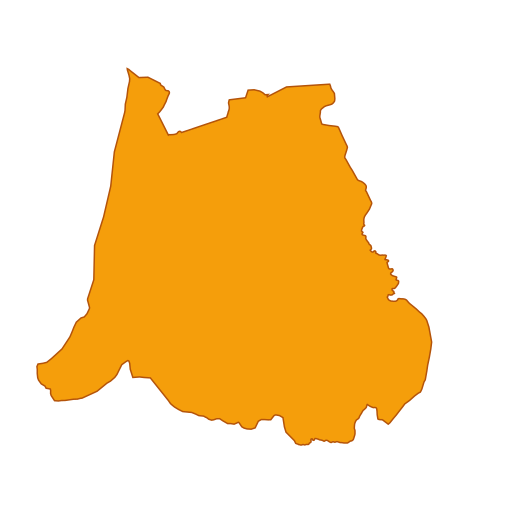 Home, Vientiane, Laos, rotated 102°
{"feature_id": "54806243B40513758321567", "entity_name": "Home", "entity_type": "district", "adm_level": 2, "iso_a3": "LAO", "parent_name": "Laos", "parent_adm1": "Vientiane", "projection": "albers", "projection_center": [103.339, 18.699], "detail": "fine", "context": "isolated", "style": "filled", "palette": "amber", "viewbox_px": 512, "rotation_deg": 102, "n_neighbors": 0, "source": "geoboundaries", "source_scale": "gbopen_adm2", "svg_char_len": 6112}
<svg xmlns="http://www.w3.org/2000/svg" viewBox="0 0 512 512"><g transform="rotate(102 256 256)"><path d="M72.6,219.6L84.3,261.3L97.9,278.0L96.6,278.6L95.6,277.9L96.4,280.6L95.0,283.1L93.9,286.5L93.8,292.4L95.4,298.2L103.4,299.1L108.8,314.6L109.2,314.7L112.0,314.7L114.5,313.6L115.6,313.2L116.9,312.9L118.1,312.8L119.6,312.9L120.8,313.1L122.3,313.1L123.9,313.3L126.4,313.5L150.7,354.5L149.9,355.7L149.9,356.7L150.5,357.6L151.9,358.5L152.4,358.6L152.9,359.0L153.3,359.7L153.8,360.6L154.4,362.1L155.2,365.1L155.5,366.6L155.9,366.9L137.4,381.7L135.0,380.2L132.6,379.0L129.5,377.6L127.6,377.2L123.6,376.1L121.6,375.9L117.8,375.3L115.4,374.7L114.4,374.6L113.3,375.1L112.7,376.0L112.8,378.4L112.6,379.0L111.7,379.9L109.9,381.3L108.8,384.1L108.3,385.0L107.1,385.5L103.6,398.9L105.8,407.6L100.8,417.8L100.0,419.1L99.5,420.9L100.7,420.5L105.6,417.8L108.8,416.4L111.7,416.0L118.6,416.1L127.7,415.3L134.6,415.4L140.6,414.4L143.0,414.3L183.6,416.2L217.9,412.6L249.5,413.2L279.3,416.1L312.9,409.7L332.9,411.8L334.2,411.6L341.0,408.1L342.2,408.0L347.6,409.3L351.3,411.3L353.0,414.3L358.1,418.0L363.5,419.3L367.8,420.0L373.5,421.1L374.9,421.6L387.2,426.4L398.7,434.6L403.5,438.5L405.2,442.0L407.0,446.8L409.7,447.3L412.3,446.4L416.5,445.5L420.5,444.2L422.6,442.9L425.7,439.5L427.1,435.4L429.0,433.8L428.9,431.3L428.9,429.5L430.3,428.9L433.3,428.3L435.1,427.3L439.4,423.0L438.9,419.2L437.8,416.2L437.0,412.8L434.0,404.6L433.1,400.9L431.7,398.1L431.2,396.6L421.3,383.3L411.4,375.4L408.6,372.3L404.1,368.9L400.8,367.4L395.6,366.1L390.2,364.7L386.4,361.3L384.9,359.6L385.2,358.5L387.3,357.2L393.0,355.4L400.4,351.2L398.5,344.7L398.1,340.3L397.2,334.0L415.7,311.5L418.2,308.9L418.9,307.6L419.1,307.3L420.6,304.4L422.2,299.9L423.4,295.3L422.4,286.4L423.2,281.9L424.0,278.8L423.5,273.9L424.2,271.7L424.2,271.0L425.5,268.2L425.8,265.3L425.0,263.3L423.4,260.7L422.7,257.7L424.2,253.9L425.8,248.9L425.2,246.0L425.0,242.4L423.3,240.0L422.3,238.7L422.7,237.8L426.0,234.4L426.8,232.0L427.0,228.8L426.4,224.7L424.3,221.1L417.2,219.4L414.9,216.9L414.2,213.5L413.7,209.9L413.1,207.5L408.4,205.2L407.8,204.5L407.3,203.6L407.2,199.8L408.5,196.0L417.2,192.7L422.1,190.0L428.6,180.1L431.0,178.2L431.2,177.1L431.3,175.8L431.6,175.1L431.5,174.1L431.6,173.2L431.5,172.5L431.1,171.6L430.6,170.9L430.6,170.4L430.7,169.3L430.5,168.7L429.8,167.5L429.6,166.2L429.4,165.6L428.8,165.1L428.0,164.9L427.7,164.7L427.3,164.0L426.9,163.7L426.5,163.6L426.0,163.6L424.0,164.1L423.6,164.0L423.3,163.5L423.3,163.1L423.3,162.8L423.7,162.5L424.2,162.2L424.3,161.8L424.3,161.2L424.2,161.0L423.6,160.7L422.3,160.4L422.1,159.3L422.2,157.7L422.3,156.5L422.6,155.8L422.5,154.3L422.5,153.0L423.0,151.1L422.9,150.6L421.7,149.3L421.6,148.7L421.6,147.8L422.5,145.5L422.8,144.3L422.8,143.7L421.7,142.2L421.6,141.7L421.8,140.8L421.7,140.0L420.8,138.5L420.7,137.5L421.0,135.0L420.9,134.3L420.7,133.2L420.6,130.9L419.9,127.7L419.3,127.0L417.4,125.2L417.0,124.1L416.5,123.5L415.9,123.0L415.0,122.6L410.9,122.2L409.4,122.2L407.0,122.7L405.9,123.0L404.2,124.0L402.4,124.3L399.9,124.6L398.5,124.5L397.0,124.2L395.5,123.7L394.1,122.3L393.2,121.7L390.7,121.2L387.5,120.0L386.6,119.8L384.7,119.1L384.0,118.5L382.2,117.2L381.2,116.7L380.6,116.6L378.7,116.5L378.1,116.3L379.3,113.1L379.8,110.8L379.9,109.6L379.5,108.4L379.4,107.3L379.7,106.7L380.3,106.2L382.5,105.4L386.2,104.4L390.0,102.9L390.3,102.5L390.3,101.7L390.3,100.6L389.9,98.6L390.1,97.9L393.0,91.7L391.2,90.3L386.2,87.8L382.3,85.7L378.7,84.0L372.8,81.1L369.7,79.7L365.3,75.7L359.7,71.6L356.4,68.7L355.0,67.0L353.8,66.6L351.6,66.1L344.4,65.5L341.9,64.7L333.2,65.0L327.1,65.4L318.9,65.4L310.7,65.7L303.7,66.3L289.6,72.1L283.5,75.6L282.0,76.9L279.9,79.4L278.0,82.0L276.9,84.3L274.4,88.4L270.7,95.6L269.9,96.9L267.8,99.6L267.3,101.2L267.3,103.0L267.7,105.1L267.9,107.4L268.5,108.2L269.6,108.4L270.6,109.2L271.2,110.0L271.8,112.5L271.8,113.4L272.0,114.2L271.9,115.3L271.5,116.6L271.0,117.5L268.9,119.1L268.3,118.9L267.7,118.6L266.5,118.6L266.3,118.3L266.1,117.8L266.3,116.8L266.2,116.0L265.9,115.2L265.6,114.6L264.7,114.0L264.1,113.4L264.0,113.0L263.7,112.8L263.4,113.1L263.2,113.5L262.8,113.8L262.1,113.8L261.8,114.2L261.7,114.7L261.4,115.4L260.9,115.8L259.9,116.1L259.5,115.9L259.4,115.6L259.2,114.4L258.8,113.7L258.1,113.1L256.3,112.2L254.3,111.4L253.4,111.0L251.4,111.1L250.8,111.4L250.4,112.1L250.4,113.3L250.3,113.8L250.0,114.1L247.8,113.9L247.4,114.1L247.2,114.7L247.1,116.4L246.9,118.1L246.6,119.1L245.8,120.5L244.8,120.7L242.8,119.2L241.9,118.9L241.3,119.0L240.6,119.4L240.2,120.0L240.3,120.5L240.8,121.9L240.9,122.9L240.8,123.2L240.2,123.9L236.2,126.0L235.1,126.5L234.5,126.2L234.0,125.5L233.5,125.3L233.0,125.4L232.7,125.7L232.5,127.3L232.7,128.9L232.3,129.2L231.3,128.9L228.7,128.6L228.3,129.1L228.3,130.0L228.7,131.6L228.8,132.7L229.4,134.3L229.4,135.9L229.1,136.7L228.5,138.2L228.5,138.9L228.1,139.6L227.3,139.5L226.8,139.8L226.3,140.5L226.4,141.4L227.7,142.3L227.9,142.8L227.9,143.3L227.8,143.7L227.6,144.2L226.6,145.5L226.2,145.4L225.8,145.0L225.1,144.6L224.5,144.6L223.9,144.8L222.1,145.7L221.5,146.5L221.1,147.5L220.4,148.2L219.5,148.7L218.8,149.7L216.9,151.7L215.8,152.4L214.6,152.4L213.8,152.7L213.4,153.3L213.3,155.2L213.1,156.3L212.5,156.9L212.0,156.8L210.8,156.3L210.3,156.7L210.1,157.5L209.6,158.0L208.0,158.1L205.8,157.7L204.8,157.3L204.1,156.3L203.5,156.1L203.2,156.3L202.9,156.9L202.2,157.3L200.8,157.4L198.2,158.1L196.7,158.2L195.2,158.1L193.2,157.5L191.2,156.6L186.6,154.8L180.8,153.7L180.0,153.9L178.8,154.6L178.0,155.4L170.2,161.3L169.2,162.4L168.2,162.5L167.0,162.4L166.0,162.4L164.8,162.7L164.0,163.3L162.8,164.8L161.7,167.0L161.2,168.5L160.9,170.9L160.7,171.8L160.2,172.7L152.2,179.7L149.7,182.2L142.9,188.1L141.6,189.5L140.7,189.8L139.5,189.9L133.6,189.3L131.5,189.2L130.6,189.2L129.5,189.8L128.0,191.0L120.1,197.0L116.3,199.7L112.9,202.2L112.5,203.1L112.6,205.7L113.2,211.8L113.4,218.0L113.1,219.2L109.3,221.2L107.4,222.3L105.9,222.7L102.1,222.9L100.6,223.2L99.6,223.0L98.4,222.4L95.6,220.1L94.5,218.6L92.7,215.1L91.7,213.4L90.3,212.3L88.4,211.4L87.3,211.4L85.7,211.6L80.7,213.1L79.2,214.6L77.8,216.2L76.2,217.6L74.1,218.6L72.6,219.6Z" fill="#f59e0b" stroke="#b45309" stroke-width="1.5"/></g></svg>